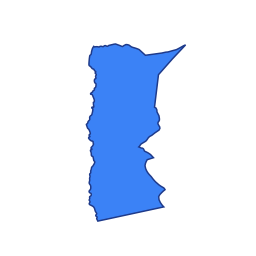 La Encarnacion, Ocotepeque, Honduras, rotated 290°
{"feature_id": "27666195B87189366820588", "entity_name": "La Encarnacion", "entity_type": "district", "adm_level": 2, "iso_a3": "HND", "parent_name": "Honduras", "parent_adm1": "Ocotepeque", "projection": "natural_earth1", "projection_center": [-89.053, 14.662], "detail": "fine", "context": "isolated", "style": "filled", "palette": "blue", "viewbox_px": 256, "rotation_deg": 290, "n_neighbors": 0, "source": "geoboundaries", "source_scale": "gbopen_adm2", "svg_char_len": 5616}
<svg xmlns="http://www.w3.org/2000/svg" viewBox="0 0 256 256"><g transform="rotate(290 128 128)"><path d="M193.0,67.9L191.4,67.5L190.6,67.4L190.0,67.4L187.4,67.6L185.6,68.0L184.7,68.1L184.3,68.0L184.0,67.9L183.2,67.4L182.9,67.4L182.5,67.4L180.1,67.9L176.4,68.9L175.1,69.3L174.0,69.7L173.6,70.0L173.4,70.2L173.3,70.4L173.1,71.2L172.9,71.8L172.5,72.6L171.9,73.5L171.6,74.1L171.5,74.3L171.5,74.6L171.6,75.4L171.5,75.8L171.3,76.1L170.9,76.5L170.5,76.8L170.3,77.3L170.1,78.0L169.8,78.5L169.5,78.6L168.9,78.3L168.7,78.3L168.2,78.5L167.9,79.0L167.7,79.6L167.5,79.8L167.3,79.9L167.0,80.0L166.8,80.0L165.9,79.8L165.3,79.9L164.9,80.1L164.3,80.6L163.9,80.8L163.6,80.8L163.3,80.7L163.2,80.6L162.8,80.2L162.5,80.0L161.7,80.0L160.9,80.2L160.1,80.6L159.7,80.9L159.3,81.2L159.0,81.7L158.8,82.5L158.5,82.8L157.9,83.1L157.3,83.3L155.9,83.6L155.0,83.6L154.7,83.5L154.4,83.2L154.2,83.0L153.9,82.9L153.7,82.9L153.3,82.9L152.8,83.2L152.6,83.3L152.2,83.3L151.7,83.1L151.3,82.7L151.0,82.5L150.5,82.3L149.8,82.4L149.6,82.3L149.3,82.1L148.8,81.6L148.3,81.4L147.9,81.2L147.4,81.1L147.2,81.2L147.0,81.4L147.0,81.5L147.0,81.8L147.2,82.3L147.2,82.6L147.1,82.9L146.9,83.2L143.7,86.1L143.0,86.6L142.1,87.1L141.3,87.3L141.1,87.3L140.9,87.2L140.4,86.8L140.2,86.7L138.3,87.5L136.9,88.3L136.2,88.6L135.9,88.6L135.7,88.4L135.5,88.1L135.5,87.6L135.5,87.3L135.3,87.1L135.0,87.0L134.7,87.0L134.4,87.2L134.3,87.5L134.2,87.9L134.1,88.1L134.0,88.3L133.8,88.5L132.7,88.8L131.4,89.1L129.6,89.3L128.6,89.4L128.2,89.4L127.7,89.3L127.3,89.1L126.6,88.6L126.1,88.4L125.6,88.3L125.1,88.3L124.7,88.4L124.3,88.5L123.4,89.0L123.0,89.1L122.6,89.1L122.2,89.0L121.9,88.9L121.0,88.5L120.5,88.3L120.1,88.3L119.2,88.4L118.6,88.4L118.2,88.2L117.5,87.8L117.3,87.7L117.0,87.7L116.6,88.0L114.1,90.0L113.9,90.3L113.7,90.9L113.5,91.2L113.1,91.9L112.3,92.7L111.6,93.3L111.0,93.8L110.4,94.2L109.9,94.5L109.5,94.5L109.2,94.4L108.9,94.1L108.6,93.9L108.3,93.9L108.0,93.9L107.8,94.0L107.6,94.2L107.4,94.4L107.3,94.8L107.2,94.9L107.0,95.1L106.8,95.1L106.7,95.1L106.3,94.8L106.2,94.5L105.9,94.4L105.7,94.3L105.3,94.4L105.1,94.4L104.9,94.6L104.7,94.8L104.1,95.7L103.8,96.3L103.5,97.1L103.4,97.6L103.3,98.1L103.4,98.5L103.5,99.1L103.5,99.3L103.3,99.7L103.1,100.0L102.8,100.1L102.3,100.2L102.1,100.3L101.7,100.6L101.3,101.0L101.1,101.1L99.8,101.0L99.2,100.9L98.5,100.7L97.5,100.2L97.1,100.1L96.8,100.1L96.5,100.1L96.3,100.3L96.2,100.4L96.2,100.9L96.1,101.0L95.7,101.3L95.3,101.3L95.1,101.1L94.8,100.7L94.6,100.4L94.3,100.4L94.0,100.4L93.5,100.7L92.7,101.5L92.0,101.9L91.3,102.3L90.4,102.6L90.0,102.8L89.7,103.0L89.3,103.5L89.2,103.8L89.2,104.5L88.9,104.9L88.8,105.1L85.7,107.0L85.5,107.3L85.3,107.8L85.2,108.0L84.7,108.4L84.3,108.5L83.6,108.5L82.9,108.5L81.9,108.3L80.3,108.0L79.7,107.7L79.0,107.4L78.4,107.3L78.1,107.3L77.2,107.5L76.7,107.6L74.9,107.6L74.6,107.7L74.0,108.0L73.3,108.2L72.8,108.2L72.1,107.9L71.8,107.8L71.5,107.8L71.2,107.9L70.7,108.1L70.0,108.7L69.5,108.9L69.0,109.0L68.2,109.0L67.8,109.1L67.3,109.2L66.3,109.7L65.7,109.9L65.1,110.0L64.0,110.1L63.1,110.3L62.7,110.6L62.4,110.8L62.2,111.1L61.7,111.9L61.1,112.5L60.3,113.0L59.3,113.4L58.2,113.7L57.6,113.7L57.0,113.6L56.4,113.3L55.9,113.1L55.4,113.1L54.9,113.2L54.5,113.5L54.3,113.7L54.2,113.9L54.0,114.4L54.0,115.2L53.8,115.6L53.5,116.0L53.1,116.2L52.3,116.4L52.0,116.4L51.7,116.3L51.2,116.1L50.6,115.6L50.3,115.5L50.1,115.5L49.7,115.6L49.1,116.0L48.7,116.1L48.1,116.2L47.4,116.1L47.0,116.2L46.7,116.4L46.4,116.9L46.1,117.2L45.8,117.4L45.5,117.5L45.2,117.6L44.9,117.6L44.3,117.4L44.0,117.4L43.7,117.4L43.5,117.5L43.1,117.8L42.9,118.2L42.8,118.8L42.7,119.8L42.6,120.6L42.4,121.8L42.2,122.3L42.0,122.8L41.7,123.2L41.4,123.6L40.5,124.4L39.2,125.3L38.7,125.7L38.2,126.2L37.5,127.3L37.1,127.7L36.8,127.9L36.4,127.9L36.1,127.9L35.6,127.7L35.3,127.6L35.0,127.6L34.6,127.7L34.4,127.9L34.2,128.2L34.1,128.5L34.0,129.0L33.9,129.2L33.8,129.4L33.6,129.5L33.3,129.6L32.5,129.5L32.3,129.5L32.1,129.6L31.6,130.0L30.9,130.8L30.2,131.5L66.1,188.6L67.0,186.8L68.2,185.0L69.1,183.8L71.2,181.7L74.0,180.3L76.4,180.7L78.9,181.8L80.9,182.8L82.7,183.9L83.4,183.1L84.0,182.0L84.2,180.7L84.6,178.6L85.2,176.4L86.0,174.4L86.5,173.0L87.4,171.1L88.7,168.8L90.2,166.5L91.5,163.9L92.8,161.8L93.9,160.4L95.7,158.6L98.3,156.9L100.7,156.5L102.8,156.6L104.8,156.9L108.8,162.1L110.7,158.4L111.1,157.0L111.5,155.3L111.7,153.8L111.8,152.4L112.0,151.3L112.8,150.6L113.7,149.6L114.0,148.5L113.7,147.3L113.9,144.6L114.7,145.0L116.3,145.4L117.5,145.8L118.5,146.6L120.1,147.9L121.7,149.2L123.2,149.8L125.7,150.4L127.4,151.2L129.3,152.9L132.4,154.8L136.7,157.9L138.5,158.1L139.9,157.4L140.4,156.7L141.1,155.9L142.3,154.6L143.7,154.3L144.8,154.7L146.3,154.8L147.8,154.2L149.0,153.5L150.1,152.9L151.0,151.9L152.1,150.7L153.1,149.7L154.9,148.9L156.3,147.5L156.6,145.8L188.5,138.4L207.9,146.0L225.8,153.7L224.9,152.7L224.2,152.0L220.7,149.0L218.4,146.9L217.9,146.3L215.9,143.4L213.5,140.1L213.1,139.5L212.2,137.6L211.4,136.3L210.1,134.3L202.3,119.5L203.6,116.3L205.2,112.4L205.5,111.7L205.6,110.1L205.6,108.0L205.4,105.1L205.4,104.1L205.4,103.4L205.6,102.8L206.0,101.4L206.2,100.7L206.2,99.8L206.1,98.9L205.9,98.0L205.7,97.7L205.6,97.4L204.0,95.9L203.4,95.5L202.8,95.1L202.7,94.9L202.6,94.7L202.6,94.2L202.7,91.9L202.7,88.1L202.7,87.7L202.6,87.4L202.3,86.8L202.0,86.2L199.2,82.0L198.9,81.6L198.1,81.1L197.7,80.6L197.6,80.3L197.6,80.0L197.6,79.7L197.7,79.3L197.7,78.9L197.7,78.6L197.6,78.3L197.4,78.0L197.2,77.7L196.9,77.5L196.4,77.2L196.0,76.9L195.9,76.6L195.8,76.2L195.7,75.9L195.7,75.1L195.6,74.8L195.5,74.5L195.2,73.9L194.5,73.4L194.2,73.0L194.1,72.5L193.9,71.4L193.7,70.7L193.3,69.8L192.7,68.8L193.0,67.9Z" fill="#3b82f6" stroke="#1e3a8a" stroke-width="1.5"/></g></svg>